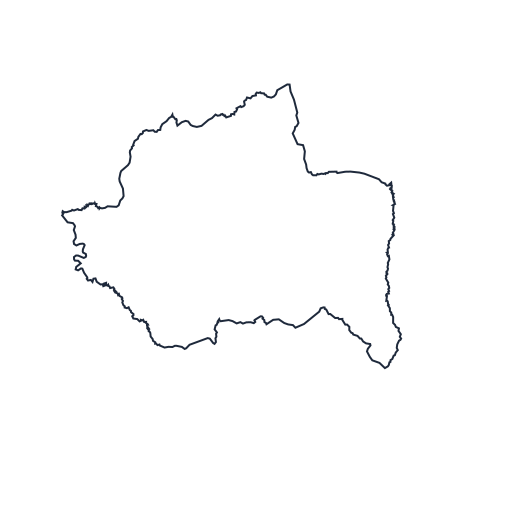 Samrong, Ubon Ratchathani, Thailand, rotated 323°
{"feature_id": "78962969B51055039755646", "entity_name": "Samrong", "entity_type": "district", "adm_level": 2, "iso_a3": "THA", "parent_name": "Thailand", "parent_adm1": "Ubon Ratchathani", "projection": "mercator", "projection_center": [104.788, 14.959], "detail": "fine", "context": "isolated", "style": "outline", "palette": "slate", "viewbox_px": 512, "rotation_deg": 323, "n_neighbors": 0, "source": "geoboundaries", "source_scale": "gbopen_adm2", "svg_char_len": 6136}
<svg xmlns="http://www.w3.org/2000/svg" viewBox="0 0 512 512"><g transform="rotate(323 256 256)"><path d="M408.1,278.8L405.5,279.0L404.8,279.6L402.9,278.7L402.5,276.7L402.9,276.0L400.7,272.7L400.4,268.7L392.1,255.5L388.8,251.6L382.3,245.5L378.0,242.4L371.0,238.8L370.7,238.0L371.1,237.1L364.8,232.6L363.2,233.0L362.0,232.0L361.0,232.2L361.0,231.6L359.4,231.2L357.8,229.6L355.2,228.6L354.4,227.4L352.8,227.9L350.2,225.9L349.8,224.4L350.3,222.0L348.6,221.3L348.2,219.7L349.3,216.2L351.1,213.1L352.8,207.5L358.0,201.8L360.3,195.8L356.5,191.7L359.1,180.2L362.8,178.5L365.0,176.5L366.6,176.8L370.0,175.3L372.8,168.0L375.3,166.3L380.4,154.0L382.6,145.4L386.0,139.3L384.2,137.8L372.8,136.4L369.1,138.9L366.3,139.4L363.5,138.7L360.8,135.5L360.8,133.1L360.0,132.4L360.3,131.0L358.0,129.0L358.0,127.9L356.3,127.4L354.9,125.9L353.3,126.4L352.6,127.7L349.4,126.1L346.5,126.8L344.2,124.0L342.0,125.4L340.3,125.1L339.4,125.5L338.0,128.5L336.2,128.9L333.8,128.2L333.8,127.0L329.3,126.3L329.1,127.5L327.0,128.6L325.5,128.0L323.8,129.9L322.7,128.4L321.3,127.8L320.3,129.0L315.6,127.4L315.9,125.3L315.0,125.2L315.2,123.6L314.3,123.1L314.5,122.3L313.0,121.7L312.0,122.0L309.8,120.9L308.8,118.7L303.8,119.4L300.0,118.7L290.8,119.3L286.4,117.3L283.7,114.1L282.7,112.0L282.8,107.8L281.1,105.7L277.3,104.5L271.7,104.6L272.8,101.5L274.4,100.0L274.8,98.7L273.9,98.3L273.9,95.1L273.3,94.7L274.3,92.8L272.0,93.8L269.7,93.5L265.7,94.5L260.5,94.3L257.2,95.9L255.4,97.7L253.4,96.4L251.4,97.1L249.9,95.8L249.7,93.8L245.6,91.5L244.3,89.4L240.7,88.5L239.6,89.7L238.0,89.9L237.2,89.0L233.8,90.0L232.3,91.3L228.2,91.1L224.8,93.3L224.8,94.0L222.4,94.2L221.7,95.4L218.9,96.0L217.6,97.3L215.6,101.2L211.2,105.4L208.4,106.4L199.5,107.0L197.8,108.0L193.3,112.0L192.0,114.4L190.3,122.1L186.3,128.5L184.0,129.6L181.0,130.0L176.8,132.9L174.2,132.8L167.4,127.0L164.4,126.7L161.7,125.3L160.3,123.6L159.6,123.8L160.1,122.8L158.8,122.7L159.0,121.3L158.1,119.8L159.9,118.4L158.9,117.5L159.1,116.8L158.5,117.2L158.0,116.2L156.3,115.8L156.5,115.1L155.0,114.0L154.7,114.7L153.1,113.9L152.5,114.4L152.1,113.7L151.6,114.6L150.9,113.5L150.0,114.8L148.9,114.8L148.6,113.7L147.5,114.8L146.1,113.5L144.3,114.4L142.1,112.4L141.9,111.3L138.0,110.1L137.0,108.5L136.0,108.8L131.1,107.0L129.1,105.4L128.6,103.9L127.6,104.7L127.9,105.7L127.2,105.6L126.8,106.6L125.6,106.9L125.8,115.7L129.6,119.6L129.6,122.4L129.3,123.4L126.1,125.6L124.7,130.4L123.0,133.1L119.2,134.4L117.9,136.9L118.9,139.5L122.5,140.3L125.0,141.8L125.7,142.7L125.7,144.2L121.8,146.5L120.3,148.2L120.0,149.2L121.3,152.0L120.4,153.7L119.4,154.3L117.3,153.9L114.2,148.6L112.6,147.3L110.0,147.3L108.7,149.2L108.6,150.7L111.1,152.8L111.6,156.4L105.9,156.5L103.9,158.2L105.3,160.4L108.8,160.6L109.7,161.6L108.6,165.9L108.4,171.4L108.0,172.2L107.1,172.4L107.1,174.5L109.7,175.7L109.8,178.3L112.5,176.3L114.3,177.3L113.3,180.7L114.7,185.2L116.6,186.3L115.9,188.2L117.7,188.7L118.3,186.6L120.1,187.2L118.8,188.8L119.4,190.1L120.7,189.9L120.2,191.2L120.7,192.2L120.2,193.8L123.2,195.2L123.1,197.0L122.4,197.4L122.7,199.5L121.7,198.9L121.6,200.5L123.0,202.5L122.4,204.1L123.6,204.0L122.9,205.6L124.2,208.5L123.7,209.5L122.9,209.6L122.7,211.8L121.3,212.6L120.5,215.5L120.9,217.2L120.1,218.1L121.5,220.0L123.4,220.3L122.7,223.2L123.1,224.5L122.4,225.7L123.2,228.6L122.4,229.6L120.9,229.6L120.4,232.1L123.2,234.9L123.7,238.2L125.3,238.5L125.7,237.8L126.6,239.1L127.5,239.1L127.0,241.4L128.5,242.4L127.8,243.0L128.5,245.3L128.4,245.9L127.5,245.4L126.9,246.3L126.8,248.3L126.4,247.7L125.7,248.0L125.6,249.7L126.2,250.3L125.0,251.6L125.5,252.4L125.3,253.8L123.4,256.9L123.5,260.1L122.7,261.8L123.6,264.2L122.7,265.3L123.5,265.7L123.7,267.9L125.6,268.6L125.3,269.6L127.9,274.1L131.5,275.9L134.5,278.4L137.2,278.9L138.4,279.8L142.1,284.0L143.1,287.3L144.7,287.7L149.5,286.9L168.0,292.5L169.4,294.2L169.4,299.7L170.0,301.2L172.2,300.6L174.1,297.3L175.8,296.6L177.3,294.1L178.8,293.5L178.8,289.7L182.0,287.1L183.2,287.3L185.0,286.1L185.8,286.3L186.0,285.2L188.6,284.3L188.1,285.8L188.5,286.8L195.6,290.7L198.1,293.9L200.0,298.2L203.7,299.4L204.9,302.1L208.4,303.2L211.9,305.7L213.8,308.3L215.7,308.2L216.0,306.4L216.7,306.3L223.3,306.9L224.4,307.8L224.5,309.6L223.5,310.0L224.1,312.1L223.0,313.9L223.7,315.6L223.3,316.8L231.3,317.3L236.1,320.3L238.2,326.5L240.5,330.0L243.9,333.4L244.3,337.0L253.4,339.2L273.0,338.5L276.2,336.7L278.9,337.6L279.8,338.4L279.1,339.7L279.9,341.0L279.0,346.1L280.4,347.0L281.9,353.2L284.3,354.8L284.3,356.4L287.1,358.2L286.5,358.9L286.0,364.5L287.5,365.6L287.9,368.8L285.9,371.3L285.9,374.6L286.7,375.7L286.4,377.3L289.0,380.9L289.3,384.4L290.4,385.3L290.1,388.7L291.3,392.0L294.2,395.0L293.6,396.3L289.5,397.4L287.2,399.0L286.2,405.1L286.1,409.3L290.3,415.7L291.5,423.1L294.9,423.5L296.4,423.0L298.6,421.2L299.6,421.5L300.8,420.1L302.9,420.3L306.0,418.4L307.2,418.8L309.5,417.2L312.6,416.5L313.1,414.1L315.6,411.6L319.3,409.7L320.8,409.9L322.2,409.3L322.2,407.1L324.6,405.6L324.7,401.6L326.6,399.8L325.0,396.8L325.6,394.7L325.2,392.0L328.8,387.3L329.4,384.8L328.6,384.3L330.0,382.5L329.7,380.7L331.5,378.2L331.7,374.9L332.6,374.9L332.6,373.8L333.9,371.5L333.8,370.5L333.1,370.2L336.5,366.8L336.0,366.1L336.5,365.4L337.6,365.0L339.5,365.9L340.0,364.2L341.2,364.1L341.7,362.1L343.2,361.7L344.1,359.8L344.1,358.0L345.6,356.9L346.1,352.1L347.3,351.5L347.8,350.0L350.1,349.5L350.4,348.8L349.8,348.4L350.7,347.0L352.1,346.9L353.8,345.6L354.3,344.0L356.6,342.1L357.0,340.9L360.5,339.0L362.2,335.8L361.2,335.5L361.7,333.6L362.7,333.2L362.6,332.2L363.4,332.6L365.0,330.0L366.7,329.1L367.3,329.3L368.1,326.7L369.8,326.1L371.0,324.0L372.9,324.0L373.8,323.2L378.2,322.4L377.8,321.2L379.0,321.2L379.1,319.9L382.1,318.6L382.0,317.6L382.9,317.7L382.8,316.6L383.4,315.7L384.2,316.0L384.4,313.9L385.1,313.7L384.6,312.5L386.8,310.6L386.8,309.6L389.5,308.6L390.6,304.9L391.9,304.8L392.6,302.4L396.2,298.5L395.8,297.8L398.3,298.1L398.5,296.7L399.1,296.4L399.0,295.2L399.8,294.6L399.5,293.8L400.8,291.5L401.4,291.7L401.5,290.3L402.5,289.8L402.3,288.6L403.3,288.8L402.6,286.7L404.0,286.1L403.4,283.8L404.4,283.9L404.1,282.8L405.6,282.9L406.7,281.7L406.3,280.9L407.1,280.5L408.1,278.8Z" fill="none" stroke="#1e293b" stroke-width="2"/></g></svg>